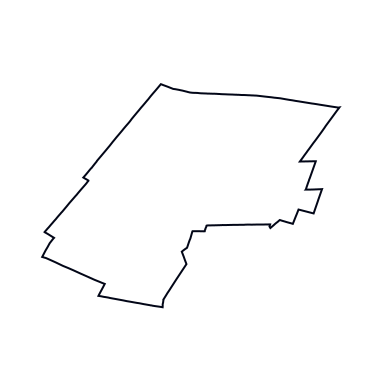 the district of Ziduri, Buzau, Romania, rotated 173°
{"feature_id": "2599482B76478155056180", "entity_name": "Ziduri", "entity_type": "district", "adm_level": 2, "iso_a3": "ROU", "parent_name": "Romania", "parent_adm1": "Buzau", "projection": "robinson", "projection_center": [27.059, 45.276], "detail": "fine", "context": "isolated", "style": "outline", "palette": "ink", "viewbox_px": 384, "rotation_deg": 173, "n_neighbors": 0, "source": "geoboundaries", "source_scale": "gbopen_adm2", "svg_char_len": 4683}
<svg xmlns="http://www.w3.org/2000/svg" viewBox="0 0 384 384"><g transform="rotate(173 192 192)"><path d="M224.8,288.8L225.0,288.6L227.9,285.9L230.5,283.5L232.3,281.9L234.8,279.5L237.4,277.1L237.6,276.9L239.3,275.3L240.8,273.9L241.2,273.5L242.8,272.0L244.4,270.3L245.4,269.3L247.0,267.8L247.9,267.0L249.8,265.3L252.6,262.7L253.5,261.8L257.9,257.7L260.2,255.6L263.1,252.8L264.5,251.5L265.3,250.7L267.5,248.5L268.2,247.8L269.4,246.7L273.0,243.3L277.0,239.6L282.6,234.4L282.8,234.0L285.6,231.3L288.0,228.9L288.5,228.3L289.0,228.0L289.5,227.6L290.8,226.4L293.4,223.9L295.1,222.3L298.1,219.6L296.7,218.5L294.7,217.0L293.4,216.0L293.4,215.8L293.6,215.6L294.9,214.4L295.4,213.8L297.1,212.2L300.8,208.9L301.7,208.1L304.3,205.7L305.7,204.4L306.8,203.3L307.4,202.8L308.0,202.3L311.0,199.6L312.9,197.9L314.8,196.2L317.2,193.9L322.3,189.1L323.5,188.0L324.3,187.4L325.3,186.4L325.8,186.0L327.9,184.1L329.4,182.7L330.3,181.8L332.6,179.8L334.2,178.3L335.9,176.8L338.6,174.3L339.7,173.4L342.1,171.2L343.2,170.2L342.8,169.8L341.0,168.5L340.1,167.8L338.1,166.2L337.9,166.0L337.1,165.4L336.7,165.1L336.3,164.7L334.7,163.5L334.5,163.3L335.2,162.8L337.1,160.9L339.5,158.5L342.0,155.0L343.0,153.7L344.4,151.9L348.6,145.8L347.7,145.4L344.9,144.2L341.4,142.1L335.8,138.7L329.1,134.4L324.1,131.6L319.2,128.7L312.7,124.7L299.4,116.7L293.8,113.6L292.8,113.0L289.8,111.4L292.0,108.2L296.6,101.7L297.5,100.3L295.0,99.6L292.4,98.7L292.1,98.6L290.9,98.3L287.9,97.4L286.6,96.9L284.1,96.1L281.5,95.3L273.5,92.8L270.0,91.6L266.9,90.7L260.4,88.7L258.2,88.1L256.9,87.7L255.7,87.3L253.3,86.5L251.9,86.1L250.3,85.6L247.6,84.8L246.8,84.5L246.2,84.4L245.6,84.2L245.2,84.0L244.1,83.7L243.1,83.4L238.2,82.1L235.2,81.2L235.0,82.2L234.9,83.3L234.8,84.1L234.1,86.0L233.7,87.7L233.4,88.5L233.5,88.7L230.9,91.9L228.6,94.8L227.2,96.4L227.1,96.5L226.0,97.8L224.6,99.5L222.6,101.9L218.1,107.3L206.3,121.1L206.7,122.8L207.4,125.6L208.0,128.4L208.8,131.6L209.1,132.8L209.4,134.0L208.2,134.8L206.3,135.9L205.2,136.5L204.7,136.7L204.4,136.9L204.3,137.0L204.0,137.2L203.8,137.2L203.7,137.4L203.5,137.7L203.1,138.5L201.4,142.1L200.3,144.3L199.3,146.0L196.4,152.9L196.3,153.0L193.4,152.7L192.0,152.5L188.2,152.0L186.1,151.7L184.8,151.5L184.2,151.5L184.2,151.8L184.1,152.0L183.9,152.5L183.7,152.7L183.6,152.9L183.5,153.0L183.4,153.2L183.3,153.4L183.3,153.6L183.2,153.7L183.1,154.0L182.8,154.6L182.6,154.9L182.4,155.2L182.2,155.5L182.1,155.8L181.9,156.1L181.8,156.4L181.7,156.8L181.4,156.9L180.9,156.9L180.6,156.9L180.4,156.9L177.6,156.6L174.7,156.3L173.9,156.2L172.6,156.1L169.7,155.8L166.4,155.5L165.7,155.5L164.4,155.3L162.9,155.1L161.8,155.0L156.6,154.5L144.1,153.1L143.2,153.1L139.2,152.7L136.8,152.3L136.6,152.3L131.6,151.8L128.9,151.5L126.1,151.1L124.4,150.9L123.6,150.9L121.9,150.7L120.7,150.5L120.2,150.5L119.0,150.4L118.4,150.3L119.3,148.3L118.6,146.7L116.9,147.8L116.7,148.0L115.4,148.8L113.3,150.3L112.5,150.8L111.7,151.3L110.8,151.8L110.3,152.1L110.1,152.3L108.3,153.5L108.0,153.4L107.6,153.2L106.1,152.5L103.5,151.4L101.5,150.5L99.3,149.6L98.6,149.3L97.8,149.0L95.8,148.1L95.3,149.0L91.8,155.4L91.0,156.8L90.6,157.5L88.4,161.6L86.1,160.7L73.9,155.9L67.8,168.4L67.8,168.5L67.1,169.9L62.6,179.0L62.8,179.0L72.6,179.8L78.8,180.5L78.7,180.6L77.6,183.0L75.7,186.9L74.8,188.6L74.1,190.2L73.8,190.7L73.5,191.2L68.2,201.8L66.3,205.6L65.4,207.4L65.9,207.5L81.2,209.1L79.4,211.0L77.9,212.6L75.9,214.8L73.8,217.0L73.3,217.5L73.2,217.6L73.0,217.9L71.6,219.4L70.7,220.3L65.4,226.0L63.8,227.6L61.7,229.8L57.3,234.5L55.8,236.1L53.1,239.1L52.9,239.3L51.2,241.3L44.1,248.8L38.1,255.2L35.7,257.6L35.5,257.9L35.4,258.0L35.6,258.0L36.3,257.9L38.8,258.6L41.7,259.4L44.2,260.1L48.3,261.3L54.6,263.1L57.3,263.9L59.8,264.6L60.5,264.8L60.9,264.9L62.1,265.2L72.1,268.1L75.9,269.2L78.1,269.8L78.4,269.9L81.3,270.8L83.9,271.5L87.6,272.6L92.8,274.2L93.2,274.3L98.4,275.5L98.5,275.5L101.5,276.3L107.5,277.7L114.1,279.3L116.2,279.8L122.1,280.8L123.1,281.0L123.8,281.1L128.4,281.9L128.8,282.0L129.1,282.0L129.4,282.0L131.4,282.3L132.8,282.6L134.7,282.9L135.5,283.0L136.2,283.2L136.8,283.2L137.5,283.4L138.5,283.5L138.9,283.6L139.0,283.6L140.0,283.8L140.7,283.9L142.7,284.2L145.2,284.6L147.5,285.0L149.5,285.3L150.7,285.5L151.3,285.6L151.8,285.7L152.5,285.9L153.3,286.0L154.5,286.2L155.4,286.4L157.2,286.7L157.9,286.8L158.8,286.9L159.4,287.0L163.2,287.6L164.7,287.8L166.1,288.1L166.9,288.2L168.8,288.5L171.8,289.0L174.3,289.6L176.0,289.9L178.8,290.3L179.8,290.5L181.4,290.9L181.9,291.0L182.9,291.4L183.8,291.7L184.2,291.9L186.0,292.6L187.3,293.1L189.1,293.8L191.5,294.6L192.3,294.9L196.1,296.1L198.1,296.6L203.2,299.4L209.8,302.8L213.2,299.6L215.8,297.2L218.8,294.5L221.5,292.0L224.4,289.1L224.8,288.8Z" fill="none" stroke="#020617" stroke-width="2"/></g></svg>